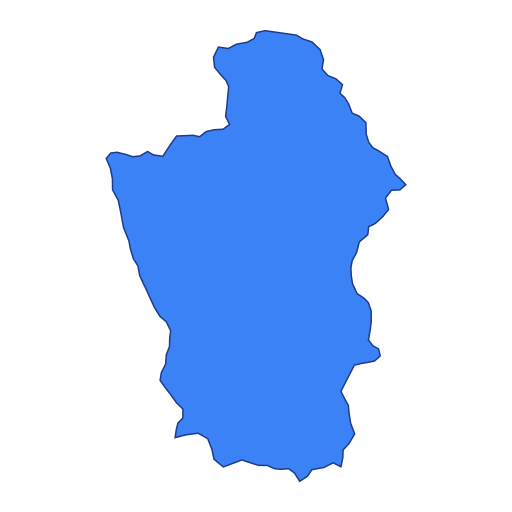 outline of Itupeva, São Paulo, Brazil
{"feature_id": "56859067B21422135247003", "entity_name": "Itupeva", "entity_type": "district", "adm_level": 2, "iso_a3": "BRA", "parent_name": "Brazil", "parent_adm1": "São Paulo", "projection": "robinson", "projection_center": [-47.066, -23.146], "detail": "fine", "context": "isolated", "style": "filled", "palette": "blue", "viewbox_px": 512, "rotation_deg": 0, "n_neighbors": 0, "source": "geoboundaries", "source_scale": "gbopen_adm2", "svg_char_len": 1908}
<svg xmlns="http://www.w3.org/2000/svg" viewBox="0 0 512 512"><path d="M340.9,466.8L342.8,457.9L343.1,449.9L349.1,443.4L354.7,433.9L350.7,423.5L349.1,413.4L348.3,405.3L345.1,399.6L340.9,391.3L345.3,382.7L349.7,374.2L354.3,365.2L361.5,363.4L367.8,362.4L374.6,361.0L380.2,355.9L378.6,349.0L372.8,345.7L368.4,339.8L370.2,330.2L371.2,321.8L371.2,311.1L368.4,302.8L364.3,298.4L357.1,293.6L352.5,283.6L351.3,276.0L350.9,268.0L352.1,260.8L356.6,252.5L359.3,241.9L367.8,234.7L368.7,226.7L375.2,223.5L382.8,216.6L388.6,209.4L385.5,198.1L391.5,190.2L399.9,189.9L405.8,184.7L400.1,178.7L395.2,174.3L390.8,166.0L387.5,156.5L378.7,150.9L372.8,147.7L368.8,142.4L366.2,134.3L365.9,122.6L359.1,116.1L352.1,113.1L348.7,104.1L344.7,97.6L340.0,93.3L342.5,84.7L336.0,78.9L327.8,75.5L322.0,69.0L323.5,59.6L320.1,49.6L312.0,42.0L302.6,38.8L296.4,35.1L265.1,30.7L256.5,32.6L254.2,38.5L247.1,42.3L236.4,44.2L228.3,48.5L218.4,47.1L213.5,57.2L214.6,67.4L221.5,75.7L226.2,80.7L228.7,86.8L227.7,96.5L226.7,107.8L225.6,116.4L229.6,124.4L223.1,129.2L213.7,129.8L205.9,131.7L199.7,136.7L192.8,135.3L184.4,135.7L176.6,136.0L170.9,143.9L162.8,156.3L153.2,154.8L147.6,151.5L139.8,156.0L132.6,156.7L125.7,154.4L117.0,152.3L110.8,153.0L106.2,158.5L110.4,168.2L112.4,178.7L112.6,189.9L118.3,200.3L119.8,207.7L121.4,215.8L123.5,227.4L128.9,240.9L130.5,249.2L133.3,258.5L137.9,265.9L139.8,275.9L146.0,289.0L150.6,299.1L154.4,307.4L160.0,316.4L166.3,321.8L170.7,330.8L169.7,337.7L169.5,346.5L166.3,354.8L165.6,364.1L161.3,372.8L160.1,380.4L165.0,387.3L170.1,393.8L176.5,402.8L182.9,409.0L182.9,418.0L177.9,423.1L176.3,429.6L175.1,437.6L185.7,434.9L198.2,433.2L207.8,438.7L211.9,449.4L214.0,459.2L223.3,466.9L236.2,462.1L241.8,460.0L250.4,462.8L258.6,465.4L267.3,465.4L274.2,468.6L281.0,469.3L288.6,468.7L294.5,473.0L299.7,481.3L307.5,476.2L311.9,469.7L323.8,467.5L333.2,462.8L340.9,466.8Z" fill="#3b82f6" stroke="#1e3a8a" stroke-width="1.5"/></svg>